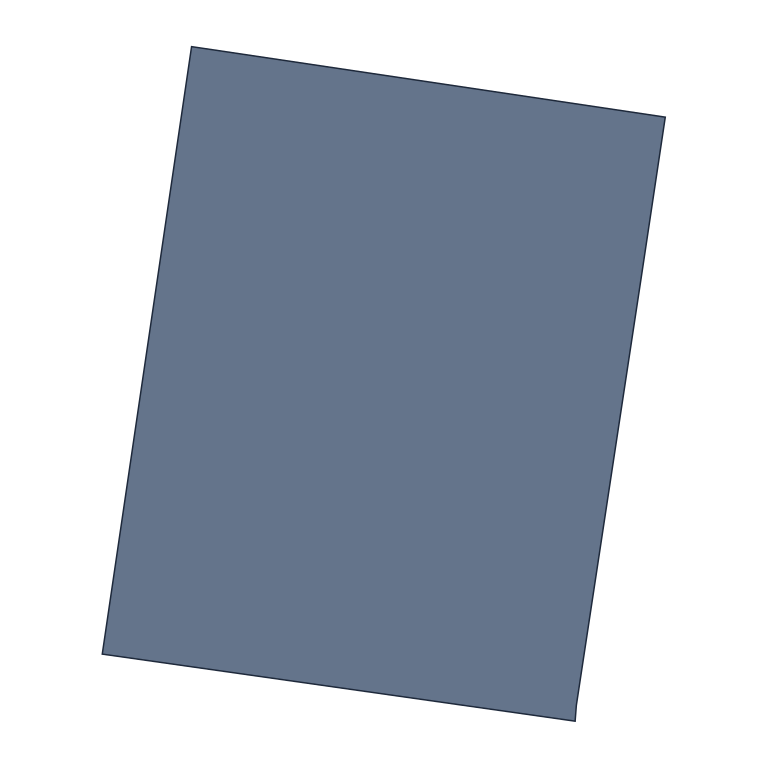 Coke, Texas, United States of America (Mercator projection), rotated 98°
{"feature_id": "52423323B55584027344898", "entity_name": "Coke", "entity_type": "district", "adm_level": 2, "iso_a3": "USA", "parent_name": "United States of America", "parent_adm1": "Texas", "projection": "mercator", "projection_center": [-100.528, 31.89], "detail": "fine", "context": "isolated", "style": "filled", "palette": "slate", "viewbox_px": 768, "rotation_deg": 98, "n_neighbors": 0, "source": "geoboundaries", "source_scale": "gbopen_adm2", "svg_char_len": 252}
<svg xmlns="http://www.w3.org/2000/svg" viewBox="0 0 768 768"><g transform="rotate(98 384 384)"><path d="M243.3,144.1L80.6,142.6L76.7,621.5L690.7,625.4L691.3,147.8L675.4,148.8L243.3,144.1Z" fill="#64748b" stroke="#1e293b" stroke-width="1.5"/></g></svg>